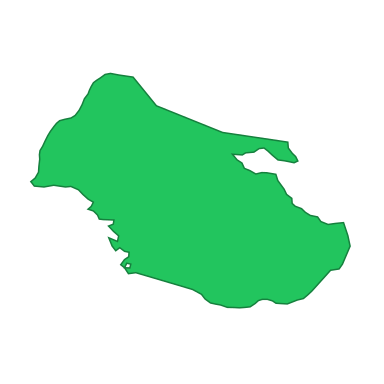 outline of Porto de Pedras, Alagoas, Brazil, rotated 184°
{"feature_id": "56859067B20815051072024", "entity_name": "Porto de Pedras", "entity_type": "district", "adm_level": 2, "iso_a3": "BRA", "parent_name": "Brazil", "parent_adm1": "Alagoas", "projection": "orthographic", "projection_center": [-35.401, -9.149], "detail": "fine", "context": "isolated", "style": "filled", "palette": "green", "viewbox_px": 384, "rotation_deg": 184, "n_neighbors": 0, "source": "geoboundaries", "source_scale": "gbopen_adm2", "svg_char_len": 1810}
<svg xmlns="http://www.w3.org/2000/svg" viewBox="0 0 384 384"><g transform="rotate(184 192 192)"><path d="M324.0,188.6L318.6,188.2L313.2,189.1L305.4,186.3L300.6,181.9L295.1,177.6L289.7,175.0L291.5,170.6L294.5,167.6L289.0,166.2L284.6,162.4L282.6,158.5L278.6,158.3L272.8,158.5L267.9,158.6L268.3,154.4L272.9,152.2L267.5,147.2L262.1,143.1L262.9,137.5L271.8,140.5L267.9,132.5L264.0,128.1L260.2,131.4L255.1,128.1L250.6,127.5L250.6,123.0L254.6,119.9L258.0,114.5L254.0,111.7L249.7,106.1L242.4,107.6L184.6,94.8L175.4,90.6L171.5,86.2L165.8,82.6L160.4,81.8L155.7,81.3L148.7,79.4L142.2,79.7L136.5,79.8L131.6,80.5L126.0,81.5L121.2,85.2L118.2,88.3L114.5,89.8L109.3,90.2L104.1,89.0L100.5,86.9L95.1,86.9L89.1,87.0L84.0,89.4L79.4,91.6L73.4,93.5L69.1,97.7L65.4,101.7L48.3,123.6L39.9,125.5L36.9,130.5L30.5,149.0L33.5,159.4L38.7,172.0L46.9,170.6L54.0,169.1L61.4,171.5L65.0,175.9L72.5,176.9L77.5,179.6L81.5,183.0L88.1,185.0L91.3,187.6L92.0,192.6L97.5,196.2L100.3,201.2L107.2,209.4L109.6,215.5L118.8,216.4L123.8,216.2L129.6,214.4L135.6,217.3L141.4,219.2L144.2,224.4L149.3,227.2L154.3,232.5L144.4,232.5L141.2,234.8L133.0,236.1L128.1,240.0L123.2,240.9L119.3,238.3L114.5,234.4L108.5,230.0L102.0,229.6L97.1,229.0L92.2,228.3L88.6,230.3L91.1,234.6L94.7,237.6L99.0,242.6L99.9,248.4L165.6,253.5L233.5,275.5L258.8,302.5L273.2,303.6L281.6,304.6L286.9,303.2L291.4,299.4L294.9,296.8L297.9,294.2L299.9,290.2L301.4,286.4L302.5,282.6L305.8,277.6L307.7,271.5L310.3,265.6L313.9,260.2L317.8,257.4L324.1,255.6L329.0,253.9L331.9,251.1L334.2,247.8L337.5,242.6L339.8,238.1L342.1,232.6L344.2,227.1L346.5,222.7L346.8,218.6L346.2,214.1L346.5,206.9L346.5,201.0L349.4,195.0L353.5,191.1L349.7,186.9L340.0,186.7L330.4,189.1L324.0,188.6ZM254.0,111.7L252.1,116.4L248.0,115.8L248.7,111.9L254.0,111.7Z" fill="#22c55e" stroke="#15803d" stroke-width="1.5"/></g></svg>